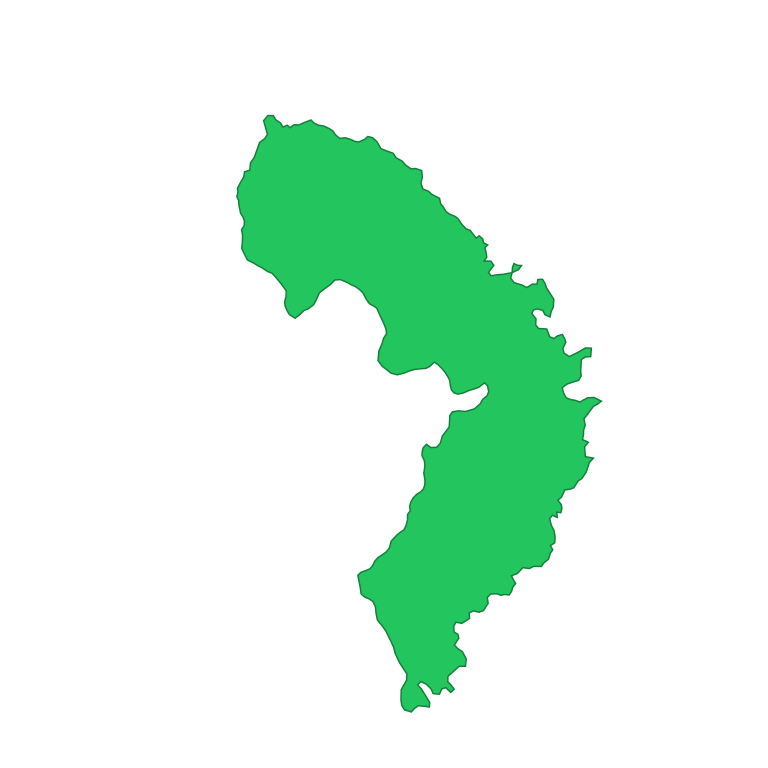 Edealina, Goiás, Brazil, rotated 321°
{"feature_id": "56859067B36713629939806", "entity_name": "Edealina", "entity_type": "district", "adm_level": 2, "iso_a3": "BRA", "parent_name": "Brazil", "parent_adm1": "Goiás", "projection": "orthographic", "projection_center": [-49.745, -17.405], "detail": "fine", "context": "isolated", "style": "filled", "palette": "green", "viewbox_px": 768, "rotation_deg": 321, "n_neighbors": 0, "source": "geoboundaries", "source_scale": "gbopen_adm2", "svg_char_len": 4948}
<svg xmlns="http://www.w3.org/2000/svg" viewBox="0 0 768 768"><g transform="rotate(321 384 384)"><path d="M462.7,102.3L456.2,103.6L453.0,110.9L450.5,116.7L445.6,118.2L439.3,118.0L434.6,120.9L425.7,126.3L419.4,128.1L414.3,133.4L409.2,131.3L405.3,134.9L398.7,137.3L393.3,139.7L391.2,143.0L387.5,145.9L386.5,149.9L383.2,154.8L380.0,161.1L379.5,165.5L378.0,169.6L375.1,172.9L370.5,174.4L367.7,179.4L362.7,185.2L358.7,189.2L357.5,194.4L355.9,201.5L358.7,207.7L360.5,212.9L362.3,216.7L364.3,223.2L366.7,227.5L367.1,233.9L367.1,241.5L366.7,250.0L363.3,254.0L358.0,258.0L356.1,261.5L354.7,266.6L354.2,270.6L356.3,276.9L362.5,277.1L367.9,276.5L372.4,277.9L379.4,278.1L384.2,276.0L391.2,272.5L397.3,272.6L405.3,273.0L411.2,272.2L415.8,275.4L419.6,282.5L421.0,286.4L422.9,289.8L424.3,294.5L425.0,300.0L423.7,306.0L423.2,312.5L425.0,316.8L426.1,320.8L424.3,327.1L423.3,331.2L421.9,336.8L420.2,342.3L417.6,346.6L412.6,348.1L407.5,351.6L400.7,355.2L394.1,362.1L393.8,369.3L395.1,374.5L396.2,379.9L400.1,385.2L406.3,388.1L411.6,389.7L416.6,391.8L420.4,394.1L426.3,398.2L430.3,399.1L436.8,398.7L438.2,402.9L438.8,409.0L438.8,413.9L438.2,418.5L437.3,422.6L434.6,427.0L432.7,431.1L432.9,435.1L434.9,438.2L439.7,440.8L446.8,442.8L450.2,444.3L455.7,446.2L462.9,446.4L463.3,450.5L460.7,455.7L456.9,458.0L451.2,458.0L446.5,459.9L438.9,460.3L430.1,456.7L424.9,451.7L419.6,448.6L415.0,450.1L411.6,454.1L407.5,458.5L396.7,461.1L390.4,465.5L385.0,466.3L380.4,462.8L379.1,457.6L374.3,458.2L371.2,460.6L368.5,463.5L367.1,469.0L364.4,473.2L358.8,478.4L355.2,484.7L352.1,488.2L348.6,490.3L344.9,490.9L339.9,490.3L335.1,490.9L330.6,492.6L326.8,495.3L324.7,499.0L320.1,500.3L316.7,504.5L311.7,508.1L307.6,509.9L303.4,509.5L299.0,509.5L290.5,510.7L285.3,514.7L280.2,515.9L276.4,515.7L270.0,515.1L265.2,515.9L260.5,518.2L256.5,518.7L252.0,517.4L247.4,515.8L243.3,516.2L241.2,520.1L237.5,527.2L234.1,532.7L235.1,537.9L237.2,541.6L238.5,546.0L237.1,551.8L233.5,557.2L230.3,563.4L230.4,571.4L229.9,577.6L228.5,583.6L227.5,588.4L225.6,595.2L223.4,599.7L222.1,604.5L220.7,610.3L219.9,617.6L219.3,623.8L215.1,628.4L205.0,632.4L198.3,640.3L195.6,644.9L194.9,650.3L198.9,656.1L203.6,655.3L208.3,655.7L213.4,660.7L215.9,663.6L219.1,660.3L220.5,649.7L221.2,643.9L220.7,639.1L225.3,638.4L228.0,644.0L228.7,650.7L227.3,655.5L231.8,659.9L237.2,657.3L241.0,659.0L241.7,665.7L246.5,665.3L246.7,659.7L246.1,655.7L249.6,651.5L255.8,651.1L264.7,650.7L269.7,654.6L274.9,649.4L276.5,641.3L274.8,635.9L274.4,631.2L282.2,628.6L283.9,625.1L282.4,620.7L285.8,616.1L290.0,614.4L293.9,619.0L298.6,619.6L303.0,620.0L306.0,615.6L310.6,616.5L314.3,621.2L318.7,622.7L326.9,620.0L330.0,614.8L334.8,614.4L339.8,618.1L341.8,621.7L345.1,623.3L348.5,626.7L352.7,625.4L356.4,622.8L360.8,621.9L361.4,617.5L362.4,613.2L368.3,615.2L376.5,614.2L380.7,618.8L385.7,620.0L391.4,624.8L395.7,623.6L401.5,623.7L406.7,620.2L410.8,619.0L411.6,614.4L416.8,614.8L420.8,610.4L423.9,605.0L425.1,599.2L427.9,593.0L432.1,591.9L434.7,596.7L437.6,592.3L440.4,595.3L444.0,592.6L445.9,589.2L446.0,583.8L450.9,583.6L457.9,580.1L462.4,582.8L466.3,584.1L473.8,581.5L478.3,582.0L485.5,579.8L489.5,577.3L494.2,574.2L500.1,573.4L494.8,567.2L497.8,562.7L500.5,559.0L506.1,557.9L503.3,552.1L507.3,548.8L509.8,545.7L514.3,542.8L517.6,536.8L521.4,536.1L525.2,535.1L528.8,534.1L532.7,533.2L537.1,534.0L542.1,534.1L538.7,526.6L533.7,523.0L528.8,521.9L525.0,521.4L522.7,517.6L518.9,513.0L516.9,509.4L518.0,503.6L520.3,499.0L526.4,499.3L533.0,501.8L537.5,503.7L542.3,501.8L545.1,497.6L549.2,493.1L552.8,489.2L557.4,489.7L561.9,492.8L567.7,486.6L563.3,482.8L554.4,481.4L545.3,479.3L543.3,473.2L545.5,468.9L551.5,466.0L553.0,462.2L553.8,457.8L549.1,455.8L544.7,455.6L542.5,451.6L545.1,443.7L539.0,438.0L539.1,433.5L543.2,428.9L543.2,422.2L546.7,420.6L550.5,422.1L553.7,426.8L552.7,431.6L555.2,436.4L559.4,433.0L564.1,430.7L569.3,425.0L570.2,417.2L570.7,411.8L572.5,406.8L573.1,402.3L569.2,399.6L565.8,402.7L562.0,399.7L555.7,398.9L553.6,394.1L548.9,387.1L549.1,381.4L553.6,378.1L549.5,375.8L545.0,373.4L541.4,370.8L535.4,367.3L535.4,363.1L540.2,361.8L544.0,361.0L544.4,355.8L539.2,351.4L543.6,350.2L546.1,346.0L548.2,341.6L552.1,341.2L550.2,337.0L552.0,333.5L551.2,328.7L547.5,328.7L547.5,324.2L547.6,318.7L545.4,315.0L545.0,308.5L545.6,302.0L544.6,298.2L541.8,293.1L540.7,288.6L541.5,284.0L541.5,279.6L544.0,274.6L542.2,270.6L540.6,266.9L539.8,262.0L536.9,256.8L539.3,251.0L543.8,247.5L547.6,241.9L544.2,236.5L540.5,234.0L538.5,227.2L538.5,222.5L535.8,215.9L536.3,210.4L532.9,204.8L529.7,199.2L531.0,191.3L530.1,185.4L527.2,181.5L522.7,181.7L516.8,180.0L514.1,177.3L512.2,173.2L508.8,168.2L504.1,165.2L503.1,159.8L503.5,155.1L502.1,150.9L499.7,145.8L495.8,141.5L493.8,136.9L493.4,132.9L486.8,130.7L481.1,129.2L477.2,125.9L472.3,125.7L471.7,122.0L467.1,120.7L467.9,116.1L466.1,110.4L466.9,105.7L462.7,102.3ZM553.6,378.1L560.6,379.8L565.4,378.5L562.5,375.8L560.8,372.2L557.4,374.1L553.6,378.1Z" fill="#22c55e" stroke="#15803d" stroke-width="1.5"/></g></svg>